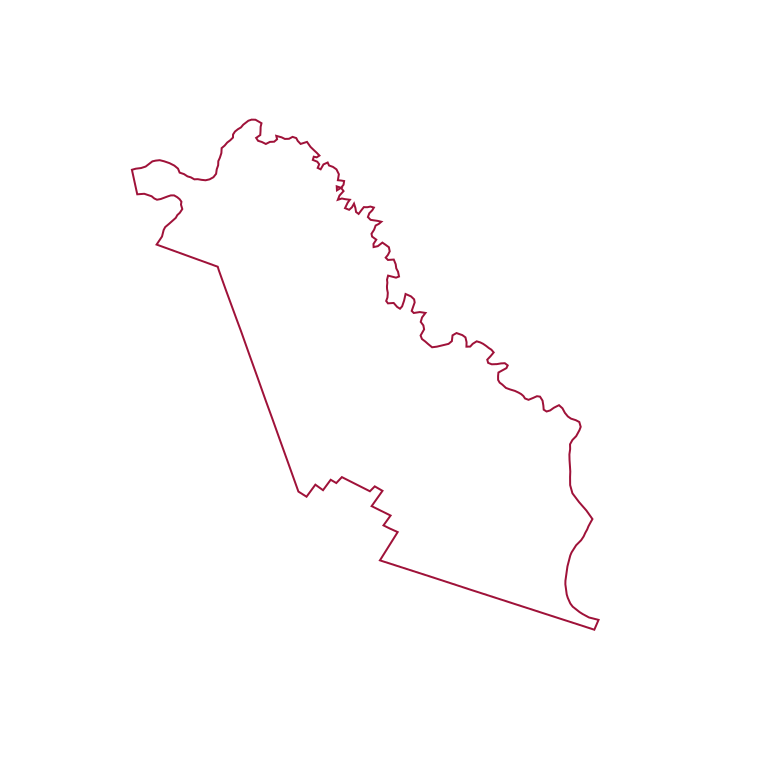 outline of São Miguel do Guamá, Pará, Brazil, rotated 233°
{"feature_id": "56859067B56862876029302", "entity_name": "São Miguel do Guamá", "entity_type": "district", "adm_level": 2, "iso_a3": "BRA", "parent_name": "Brazil", "parent_adm1": "Pará", "projection": "robinson", "projection_center": [-47.543, -1.552], "detail": "fine", "context": "isolated", "style": "outline", "palette": "rose", "viewbox_px": 768, "rotation_deg": 233, "n_neighbors": 0, "source": "geoboundaries", "source_scale": "gbopen_adm2", "svg_char_len": 3927}
<svg xmlns="http://www.w3.org/2000/svg" viewBox="0 0 768 768"><g transform="rotate(233 384 384)"><path d="M577.7,321.8L574.5,320.6L554.0,314.2L523.3,304.9L511.9,301.5L489.7,294.5L464.6,286.7L441.1,279.3L423.7,274.0L405.8,268.4L376.5,259.3L349.6,250.9L340.6,254.3L344.9,268.6L335.9,271.4L339.6,283.8L333.6,286.3L335.0,294.3L306.8,308.2L307.8,315.0L299.6,318.5L293.9,300.6L275.0,310.1L271.4,298.5L265.2,301.6L257.5,305.8L245.6,274.6L197.6,308.4L167.2,329.6L162.1,333.2L61.2,404.1L66.5,413.4L71.6,409.3L74.2,407.2L80.5,404.3L84.2,402.9L92.6,400.7L96.6,400.7L102.7,402.1L106.0,403.3L114.9,408.3L117.7,410.5L127.9,420.7L134.9,429.5L136.6,432.4L139.6,440.4L140.6,447.4L142.1,451.7L144.0,455.2L145.6,458.8L147.3,461.6L149.1,465.5L150.7,469.2L161.2,469.5L172.3,468.7L183.3,468.7L191.2,471.8L197.7,476.6L202.0,480.1L206.7,483.2L211.6,486.4L216.2,489.7L220.0,493.5L223.9,496.3L225.9,500.8L226.7,506.1L229.5,512.3L231.4,515.3L236.1,517.1L239.7,515.4L243.8,512.5L247.4,511.3L252.1,511.1L257.2,511.9L261.8,511.0L262.8,505.3L262.9,500.8L264.2,497.3L267.4,496.1L270.9,498.3L275.3,500.6L280.0,501.0L282.2,498.8L283.2,494.4L284.4,489.9L287.6,487.9L290.5,488.1L293.3,487.5L296.1,486.3L299.7,484.4L303.8,481.4L307.5,479.0L312.5,478.1L315.5,477.2L318.6,477.6L321.7,479.9L324.3,482.3L323.6,487.3L323.0,491.3L324.4,494.0L327.9,493.0L330.0,489.9L331.9,486.2L334.9,481.9L338.2,479.9L341.3,481.1L342.1,485.9L343.2,490.6L346.8,490.4L349.5,489.4L352.9,488.5L356.5,487.3L359.3,485.9L362.3,483.7L362.7,479.0L362.0,475.4L364.2,472.3L367.7,475.1L372.2,477.1L375.9,476.0L381.1,472.5L381.6,468.0L377.4,464.0L377.2,459.7L382.0,448.7L384.4,444.5L389.3,443.3L393.2,442.5L397.1,441.4L400.7,442.4L403.5,448.9L407.1,450.7L411.5,450.7L414.3,454.5L415.8,459.9L419.9,455.9L422.8,450.5L425.7,450.1L430.7,457.6L433.5,459.0L437.7,458.3L442.9,455.4L438.5,450.2L435.1,445.2L434.5,442.1L437.6,440.9L442.9,440.5L446.0,435.7L449.0,435.7L451.0,438.8L454.5,441.9L458.0,443.6L460.3,445.2L462.8,447.6L465.5,449.2L468.1,452.5L464.7,455.2L461.7,457.6L460.8,460.7L465.3,462.8L469.0,463.4L472.6,465.4L477.5,466.7L480.7,461.8L483.9,461.4L484.7,464.7L486.5,468.4L490.3,470.2L494.3,469.0L497.9,467.8L497.8,462.0L499.6,458.1L502.2,459.9L503.9,464.7L508.9,463.2L511.5,464.4L513.2,469.0L515.6,472.7L515.0,476.1L515.2,479.5L518.2,477.0L521.0,474.2L523.2,472.1L527.0,471.6L529.2,475.0L529.8,479.2L531.0,482.1L533.9,479.9L535.2,477.1L537.4,474.3L536.3,470.2L535.1,466.1L538.2,465.2L541.8,467.1L546.1,468.6L544.4,464.7L544.1,461.0L547.9,458.7L550.7,464.2L551.7,467.6L555.2,464.0L557.5,462.0L558.9,458.0L561.3,461.9L562.4,467.8L566.5,467.8L567.5,471.6L570.1,474.3L572.4,472.1L574.5,469.8L578.7,474.2L584.0,475.2L588.1,473.9L591.6,471.6L594.8,472.3L595.8,467.8L593.6,462.6L596.5,461.1L598.5,464.5L601.7,464.5L605.8,462.0L607.8,464.7L605.5,466.7L605.3,469.9L609.3,469.4L612.6,468.8L617.6,468.0L623.7,468.2L625.9,461.9L630.0,461.4L633.2,461.9L636.4,459.7L637.0,455.7L639.4,452.3L642.6,450.7L647.0,447.3L643.8,445.9L643.6,442.1L646.0,438.6L646.8,434.1L650.8,432.1L654.0,429.8L657.5,430.0L657.3,435.0L660.3,437.6L663.6,440.2L666.0,443.1L672.4,440.4L674.8,437.4L675.9,434.1L675.8,427.6L675.0,424.2L675.4,420.7L675.3,416.9L674.1,413.6L671.7,411.7L671.2,407.9L671.2,404.1L670.3,400.2L670.1,396.3L666.3,393.1L663.5,389.1L661.7,385.8L658.5,383.2L656.1,379.6L652.9,376.4L651.8,372.2L652.4,367.9L654.1,364.1L656.9,361.1L659.7,358.5L661.6,355.7L665.3,354.1L668.1,352.0L672.0,350.6L675.8,348.0L680.0,349.1L684.6,348.0L689.5,345.6L694.1,342.5L697.7,339.6L699.8,336.1L701.2,333.0L701.1,324.5L702.7,319.9L705.3,315.4L706.8,311.6L684.0,301.1L680.2,307.0L673.8,311.4L670.4,312.2L667.8,313.6L666.1,317.0L664.0,324.1L662.9,327.3L660.9,329.9L657.6,331.3L654.6,332.0L651.5,331.9L649.4,329.8L645.1,328.2L643.6,323.9L643.3,320.6L642.0,317.7L641.3,309.1L641.0,303.7L639.6,300.7L635.4,295.5L632.2,286.3L577.7,321.8ZM566.5,467.8L567.0,463.0L570.3,465.2L566.5,467.8Z" fill="none" stroke="#9f1239" stroke-width="2"/></g></svg>